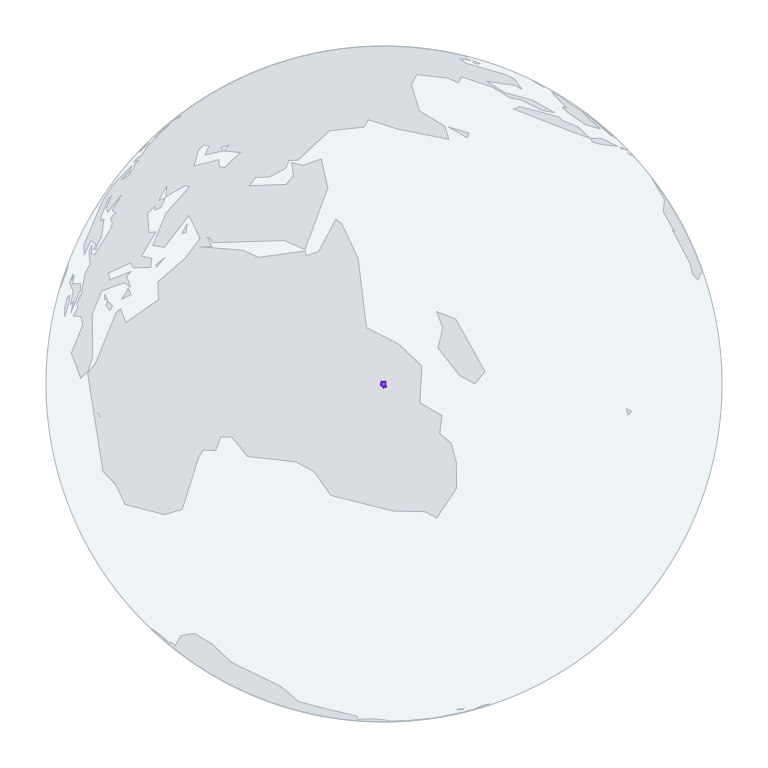 Kasungu highlighted on a globe, orthographic projection, rotated 308°
{"feature_id": "MWI-1899", "entity_name": "Kasungu", "entity_type": "District", "adm_level": 1, "iso_a3": "MWI", "parent_name": "Malawi", "parent_adm1": "", "projection": "orthographic", "projection_center": [33.477, -13.001], "detail": "fine", "context": "on_globe", "style": "filled", "palette": "violet", "viewbox_px": 768, "rotation_deg": 308, "n_neighbors": 0, "source": "natural_earth", "source_scale": "10m", "svg_char_len": 6562}
<svg xmlns="http://www.w3.org/2000/svg" viewBox="0 0 768 768"><g transform="rotate(308 384 384)"><circle cx="384" cy="384" r="338" fill="#eef3f6" stroke="#a8b0b8"/><path d="M47.7,351.3L48.4,353.0L48.4,365.4L47.8,375.0L49.3,374.9L49.4,380.6L60.5,378.9L70.6,387.9L73.2,408.1L70.7,435.7L82.1,488.1L81.1,511.9L90.1,533.1L105.5,567.0L103.7,569.8L113.8,582.0L120.6,592.8L122.1,596.4L130.6,606.4L132.1,608.9L136.9,613.5L151.5,629.0L161.5,637.5L175.3,649.4L181.8,654.1L182.6,654.9L186.5,658.0L190.9,661.0L188.4,659.6L169.6,645.2L151.9,629.6L135.3,612.7L119.9,594.8L105.8,575.8L93.0,555.8L81.7,535.0L71.9,513.5L63.6,491.4L56.9,468.7L51.7,445.6L48.2,422.2L46.4,398.6L46.2,374.9L47.7,351.3ZM190.2,660.8L192.1,661.9L183.5,655.4L190.9,659.2L197.1,664.4L190.3,660.9L190.2,660.8ZM176.0,646.8L171.9,641.9L173.9,642.9L177.1,646.5L176.0,646.8ZM690.2,241.0L692.8,247.2L690.9,248.3L692.7,253.5L687.3,244.0L687.2,251.1L702.7,289.5L704.7,299.1L701.2,311.1L699.9,303.6L685.7,278.3L688.1,300.3L699.0,325.8L702.9,351.5L696.8,339.6L692.2,316.9L687.1,307.4L684.9,287.5L673.8,255.9L667.3,257.3L664.3,245.9L648.1,219.4L636.7,221.3L621.1,243.8L624.6,273.2L616.7,284.3L593.1,237.4L582.7,209.2L574.0,209.9L549.8,185.0L507.4,178.4L501.6,171.5L493.6,173.8L476.5,166.2L467.7,155.6L457.3,155.7L481.0,184.1L492.2,184.5L501.7,174.9L506.2,185.2L522.7,196.0L503.9,219.1L441.3,238.9L435.6,217.1L390.0,162.1L391.6,156.3L391.4,155.7L390.9,154.6L386.3,163.9L378.6,154.2L402.5,190.3L406.4,207.0L440.4,240.2L437.1,243.6L448.2,251.0L484.1,244.5L484.2,252.0L467.0,286.3L417.6,335.5L424.5,371.4L421.4,402.8L391.3,423.9L394.7,449.2L379.2,458.4L378.7,473.2L366.7,489.3L346.5,505.4L311.1,508.0L308.3,494.4L289.7,469.7L263.6,410.9L271.8,382.7L268.4,362.5L242.9,321.3L248.5,296.8L241.8,287.9L228.0,292.3L220.4,282.0L212.1,283.2L161.0,302.2L146.0,291.5L129.7,254.1L139.3,234.9L142.2,216.3L209.9,143.9L223.0,143.9L274.9,129.0L281.1,130.1L273.6,142.8L311.5,154.4L325.3,142.9L360.9,150.0L385.5,149.4L396.7,126.5L356.4,126.7L350.8,116.5L384.2,107.1L419.5,109.3L418.5,105.6L397.3,96.7L406.6,90.8L390.1,93.5L395.9,97.1L385.7,99.4L379.8,96.4L383.3,94.1L372.9,92.6L358.8,105.5L363.3,110.6L335.5,114.2L340.1,123.5L332.2,128.5L321.3,115.0L323.3,109.8L302.0,98.5L297.5,103.9L317.2,115.5L310.5,115.0L304.5,124.2L303.8,116.8L283.5,104.3L259.2,111.2L226.1,137.8L212.4,142.8L201.8,141.5L215.9,118.6L245.1,110.3L250.5,103.7L246.4,97.2L255.6,95.8L257.6,92.6L268.8,90.0L286.3,80.7L298.0,78.4L306.6,70.1L313.8,68.2L306.6,73.3L307.9,76.3L337.1,73.2L343.2,71.2L346.5,66.5L354.1,67.0L353.5,62.9L371.2,60.9L349.2,60.5L352.5,56.6L364.0,53.6L361.1,52.7L342.3,57.8L338.4,60.1L341.3,61.9L327.0,70.3L316.6,72.6L316.6,64.9L301.8,68.0L308.3,62.0L355.2,49.5L373.9,47.9L401.1,51.0L395.8,52.4L383.3,51.6L393.2,55.0L393.2,53.4L399.5,54.2L404.2,52.1L408.9,52.7L405.4,50.1L411.7,50.7L413.8,52.3L426.2,51.2L439.7,52.9L440.3,52.5L437.0,51.6L456.4,55.3L455.9,54.9L449.4,53.4L444.2,52.0L442.6,51.2L449.4,52.5L450.9,52.9L464.2,56.5L467.2,58.3L469.8,58.9L468.9,57.7L452.6,53.2L449.7,52.5L458.3,54.4L454.9,53.6L455.6,53.7L478.7,59.6L501.5,67.1L523.6,76.3L545.0,86.9L565.6,99.0L585.3,112.6L604.0,127.5L621.6,143.7L638.0,161.1L653.2,179.7L666.9,199.2L679.3,219.7L690.2,241.0ZM185.4,175.8L183.2,181.2L185.4,175.8ZM456.6,125.2L478.0,128.2L469.0,114.3L476.5,114.7L470.7,110.3L468.3,113.4L454.2,102.0L463.7,99.7L461.4,94.8L454.1,93.7L439.0,100.1L459.0,115.7L453.8,120.5L456.6,125.2ZM257.1,81.1L260.3,81.6L255.1,85.3L240.3,91.1L247.7,85.3L257.1,81.1ZM266.0,81.7L270.1,74.0L279.4,71.0L273.5,73.8L279.3,72.6L271.3,77.0L276.2,82.8L271.9,86.8L247.0,93.5L257.5,88.7L253.8,88.1L266.0,81.7ZM264.0,68.3L265.9,67.4L283.7,61.8L279.9,63.5L265.0,68.5L260.7,69.6L264.0,68.3ZM289.1,124.9L294.1,124.8L302.2,123.4L298.5,129.7L289.1,124.9ZM274.9,116.3L279.5,114.9L278.3,122.1L273.1,122.6L274.9,116.3ZM283.2,108.7L279.9,114.3L278.6,111.6L283.2,108.7ZM311.1,72.3L316.2,71.1L316.3,72.1L313.0,74.1L311.1,72.3ZM389.3,130.2L381.6,134.6L378.1,132.5L381.5,131.4L389.3,130.2ZM337.4,131.0L348.8,133.4L336.3,132.7L337.4,131.0ZM513.6,590.1L514.9,595.8L510.0,595.3L513.6,590.1ZM479.3,400.3L456.1,455.9L440.1,455.4L437.2,438.2L445.7,404.3L464.4,395.7L473.5,381.1L479.3,400.3ZM716.2,432.8L716.4,437.5L716.2,438.9L716.2,432.8ZM716.2,424.1L717.1,428.1L715.4,426.9L716.2,424.1ZM717.3,429.8L718.1,430.5L718.5,429.6L718.1,432.6L717.3,429.8ZM715.2,421.8L707.1,408.7L702.9,399.8L704.7,395.2L711.5,404.4L715.2,421.8ZM704.3,394.6L696.8,371.5L680.5,316.8L686.5,320.7L702.3,357.8L701.4,362.0L706.1,378.9L704.3,394.6ZM719.3,383.4L718.3,397.4L714.6,389.0L712.5,383.4L711.1,362.5L711.9,354.3L714.0,357.2L717.4,335.9L719.5,347.3L719.4,357.3L720.8,372.9L719.3,383.4ZM626.2,276.4L634.1,296.4L629.3,298.1L626.2,276.4ZM715.5,318.8L716.3,327.8L714.5,313.9L715.5,318.8ZM695.7,262.2L693.8,261.0L692.1,256.4L693.6,255.3L695.7,262.2ZM425.8,48.7L422.6,48.4L422.2,48.8L429.5,50.3L416.2,48.5L416.8,47.7L421.3,48.2L425.8,48.7ZM668.8,565.8L669.4,564.9L659.3,567.2L660.5,559.8L667.4,550.9L682.7,516.9L683.0,518.9L691.8,498.0L701.8,491.6L711.3,467.8L710.6,470.6L703.0,495.6L693.4,519.9L682.0,543.3L668.8,565.8ZM717.3,439.6L716.5,442.5L717.8,436.8L717.3,439.6ZM721.9,378.2L721.4,378.3L721.5,388.7L721.9,387.4L721.5,392.3L720.8,410.5L720.3,415.2L721.2,395.8L719.9,411.7L719.6,409.4L720.4,393.9L721.2,378.3L721.5,373.0L721.8,375.7L721.9,378.2Z" fill="#d9dde1" stroke="#a8b0b8" stroke-width="1"/><path d="M383.1,381.3L383.3,381.2L383.5,381.0L383.6,380.9L383.9,380.8L383.9,380.7L384.0,380.5L384.1,380.4L384.3,380.3L384.6,380.4L384.6,380.5L384.5,380.8L384.5,381.1L384.6,381.3L384.6,381.5L384.5,381.8L384.8,381.9L384.8,382.0L385.0,382.2L385.0,382.3L385.3,382.3L385.5,382.2L385.9,382.3L386.0,382.3L386.0,382.7L386.0,382.9L386.0,383.0L386.5,383.1L386.8,383.3L387.0,383.5L386.7,383.9L386.6,384.0L386.1,384.3L386.0,384.5L385.9,384.6L385.7,384.7L385.6,384.9L385.5,385.0L385.4,385.1L385.2,385.2L385.1,385.3L384.9,385.4L384.7,385.5L384.5,385.8L384.4,385.9L384.3,386.0L384.2,386.0L384.1,385.9L383.9,385.9L383.9,386.0L384.0,386.1L383.9,386.3L383.8,386.5L383.7,386.8L383.5,387.1L383.5,387.3L383.4,387.4L383.3,387.6L383.2,387.7L382.9,387.4L382.7,387.3L382.6,387.2L382.4,387.0L382.4,386.9L382.3,386.6L382.2,386.5L382.1,386.4L382.2,386.2L380.8,386.1L380.7,386.1L380.8,385.7L381.0,385.3L381.3,385.2L381.2,385.1L381.1,384.9L381.1,384.7L381.2,384.0L381.3,383.7L381.3,383.4L381.1,383.2L380.9,382.6L381.0,382.4L381.2,382.1L381.4,381.7L381.5,381.6L381.8,381.6L382.0,381.5L382.2,381.8L382.3,381.8L382.3,381.7L382.5,381.6L382.7,381.3L382.7,381.2L382.8,381.2L383.0,381.2L383.1,381.3L383.1,381.3Z" fill="#8b5cf6" stroke="#5b21b6" stroke-width="1.5"/></g></svg>